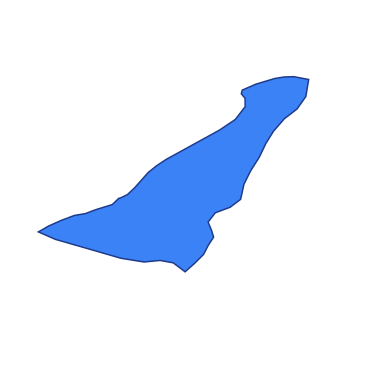 an SVG outline of Tutong, rotated 243°
{"feature_id": "BRN-1184", "entity_name": "Tutong", "entity_type": "District", "adm_level": 1, "iso_a3": "BRN", "parent_name": "Brunei", "parent_adm1": "", "projection": "equal_earth", "projection_center": [114.706, 4.599], "detail": "fine", "context": "isolated", "style": "filled", "palette": "blue", "viewbox_px": 384, "rotation_deg": 243, "n_neighbors": 0, "source": "natural_earth", "source_scale": "10m", "svg_char_len": 787}
<svg xmlns="http://www.w3.org/2000/svg" viewBox="0 0 384 384"><g transform="rotate(243 192 192)"><path d="M219.7,124.1L219.2,124.7L219.0,133.2L221.8,142.8L229.3,161.9L231.5,172.6L232.8,184.1L234.7,244.7L237.0,263.6L243.9,278.1L251.4,281.8L257.1,280.5L260.0,283.0L259.1,297.9L255.5,317.5L252.7,326.2L248.6,335.0L239.3,347.0L239.2,346.9L238.3,346.3L225.4,336.8L218.3,323.3L215.3,307.4L209.2,292.3L201.8,280.0L192.5,267.8L184.2,253.8L175.4,241.9L163.4,232.0L161.1,219.0L162.9,203.3L157.9,192.7L149.0,192.0L142.0,190.8L137.0,182.1L131.1,173.9L127.3,162.1L124.0,149.6L137.4,143.1L145.5,132.5L151.4,117.5L165.3,98.5L211.8,48.8L226.2,37.0L226.8,49.2L226.0,63.4L224.5,76.6L221.2,87.1L219.9,98.5L217.0,115.2L219.6,123.9L219.7,124.1Z" fill="#3b82f6" stroke="#1e3a8a" stroke-width="1.5"/></g></svg>